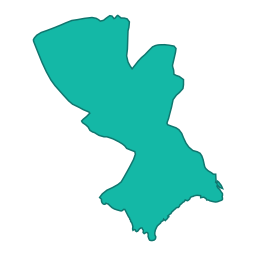 Kampot, Kâmpôt, Cambodia (Robinson projection)
{"feature_id": "14789045B30101496421605", "entity_name": "Kampot", "entity_type": "district", "adm_level": 2, "iso_a3": "KHM", "parent_name": "Cambodia", "parent_adm1": "Kâmpôt", "projection": "robinson", "projection_center": [104.179, 10.591], "detail": "fine", "context": "isolated", "style": "filled", "palette": "teal", "viewbox_px": 256, "rotation_deg": 0, "n_neighbors": 0, "source": "geoboundaries", "source_scale": "gbopen_adm2", "svg_char_len": 3710}
<svg xmlns="http://www.w3.org/2000/svg" viewBox="0 0 256 256"><path d="M99.6,197.5L101.5,199.3L101.4,200.5L101.7,201.9L102.2,202.9L103.0,203.8L104.1,204.3L105.1,204.2L105.9,203.2L107.0,203.7L108.0,203.9L109.0,204.8L110.3,206.1L111.2,206.9L112.1,207.7L113.2,208.3L114.4,209.0L115.7,209.4L117.1,209.9L118.2,210.2L119.3,210.5L120.3,210.8L121.5,210.9L122.6,210.4L123.5,209.4L124.8,209.4L128.6,216.8L129.5,217.9L129.7,219.0L130.5,220.0L130.6,221.1L131.2,222.1L131.9,223.1L132.3,224.4L132.6,225.5L132.9,226.8L132.7,228.0L132.6,229.1L133.0,230.3L134.1,229.5L135.2,229.7L135.5,230.8L136.5,231.6L137.6,231.2L138.4,230.3L139.1,229.3L139.9,228.6L140.9,227.9L141.9,227.9L142.5,229.1L143.3,230.1L143.3,231.2L143.1,232.5L144.2,233.6L145.2,233.0L146.2,232.4L147.5,232.6L148.1,233.7L148.2,235.2L148.1,236.5L148.9,238.8L149.6,240.1L150.8,240.5L152.0,240.6L154.1,240.1L155.3,239.0L155.7,237.8L155.7,236.4L155.0,235.4L154.8,234.0L154.8,232.5L155.1,231.3L155.3,230.2L155.9,228.8L156.6,227.3L157.2,226.1L158.2,225.1L159.3,224.1L160.5,223.1L161.0,222.0L162.1,221.2L163.1,220.6L163.6,219.1L164.4,219.9L165.3,220.6L166.1,219.7L167.5,218.5L167.9,217.4L168.8,216.8L167.8,216.0L169.2,214.8L170.0,214.1L170.9,213.6L171.6,212.3L172.4,211.4L173.4,210.6L174.2,209.7L175.3,208.9L176.1,208.0L177.0,207.5L178.2,207.5L179.1,206.7L179.7,205.7L180.2,204.5L181.2,204.0L182.0,203.2L182.8,202.3L183.8,201.9L184.7,201.0L185.2,199.9L186.6,200.5L187.6,200.7L188.7,199.9L189.6,199.2L190.1,198.1L190.9,197.1L191.9,196.6L192.9,196.5L194.0,195.9L195.1,195.6L196.1,195.4L197.2,195.3L198.3,195.4L200.6,195.6L200.7,197.7L202.8,197.3L203.9,197.2L205.0,198.0L206.0,198.5L206.7,200.0L207.9,199.9L209.1,200.3L210.0,200.9L211.1,201.1L212.6,201.5L214.2,201.8L215.4,202.0L216.6,201.9L217.9,201.6L218.9,201.2L220.2,200.7L221.4,200.3L222.4,199.6L222.5,198.1L222.1,196.5L222.5,195.4L222.5,193.8L221.8,192.6L221.0,191.7L220.3,190.4L219.5,189.3L218.3,188.3L217.6,187.4L217.0,186.3L217.3,184.9L218.3,185.9L219.7,187.4L222.6,188.5L221.5,186.0L220.8,184.8L219.6,183.3L218.8,182.2L217.6,181.2L216.8,183.4L215.6,182.1L216.1,180.8L215.9,178.8L215.7,174.2L213.4,174.2L211.2,172.6L208.8,171.2L207.9,170.6L206.0,168.8L205.1,167.6L204.6,166.3L204.0,163.7L203.1,159.6L201.8,155.9L200.1,153.3L197.3,151.8L192.8,150.5L188.8,147.1L186.0,143.2L183.5,137.9L181.7,133.4L178.9,129.7L176.0,127.8L171.5,126.2L167.8,124.8L166.9,123.2L167.4,121.6L168.6,118.3L169.7,113.9L171.5,107.2L173.1,99.6L176.3,95.2L179.5,92.4L182.9,88.6L183.3,86.2L183.5,84.7L183.5,79.6L179.3,76.5L176.0,75.4L173.9,74.2L173.8,72.0L173.6,70.0L172.7,67.0L172.5,65.3L174.0,58.8L175.5,52.2L176.0,48.5L174.0,46.1L169.1,45.2L164.5,44.7L159.8,44.8L157.8,45.0L155.3,45.6L152.5,46.9L148.6,50.8L144.8,54.8L141.5,57.6L138.3,61.0L134.8,65.5L132.1,68.8L130.0,65.8L128.0,62.0L126.6,55.9L127.4,49.1L127.6,43.3L127.8,36.2L128.0,30.8L128.9,27.3L129.4,21.9L127.0,18.8L124.3,18.1L121.1,18.0L117.8,15.4L116.8,16.0L115.2,18.0L114.0,18.6L113.0,17.4L112.0,16.1L109.8,15.7L108.0,16.9L105.9,18.4L103.6,20.3L100.4,21.1L98.4,19.6L96.1,18.3L92.0,17.5L84.3,18.4L77.2,19.7L71.8,20.5L65.7,22.9L60.9,25.0L53.5,28.0L46.9,30.5L41.2,32.5L36.8,35.2L34.4,37.9L33.4,39.8L33.6,41.3L35.6,46.4L38.0,52.4L42.2,62.8L46.4,71.8L51.0,80.1L55.0,85.6L58.9,90.0L63.4,95.1L68.7,100.9L72.6,104.2L78.4,107.0L83.4,109.7L88.9,112.0L89.8,113.2L86.7,116.4L83.2,119.3L81.6,121.0L82.5,122.6L85.7,124.8L88.1,127.0L90.0,130.4L92.6,132.0L94.5,132.6L96.7,134.0L99.1,135.4L104.0,136.8L106.9,136.8L110.3,137.9L113.1,138.9L118.9,141.8L122.5,144.0L124.8,145.9L126.7,148.4L131.1,150.2L134.8,151.6L135.4,154.2L133.5,159.6L130.0,166.4L127.3,171.3L124.1,177.0L121.2,181.9L118.0,184.5L112.7,187.5L106.9,190.2L102.3,193.9L99.6,197.5Z" fill="#14b8a6" stroke="#0f766e" stroke-width="1.5"/></svg>